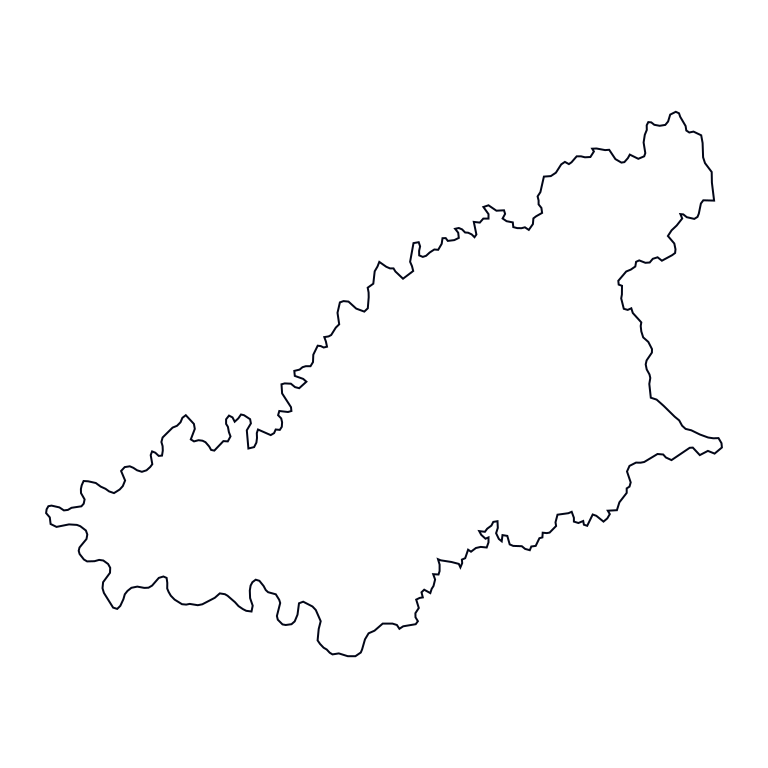 Cruz Machado, Paraná, Brazil (Natural Earth projection)
{"feature_id": "56859067B73120283619986", "entity_name": "Cruz Machado", "entity_type": "district", "adm_level": 2, "iso_a3": "BRA", "parent_name": "Brazil", "parent_adm1": "Paraná", "projection": "natural_earth1", "projection_center": [-51.253, -25.895], "detail": "fine", "context": "isolated", "style": "outline", "palette": "ink", "viewbox_px": 768, "rotation_deg": 0, "n_neighbors": 0, "source": "geoboundaries", "source_scale": "gbopen_adm2", "svg_char_len": 6094}
<svg xmlns="http://www.w3.org/2000/svg" viewBox="0 0 768 768"><path d="M399.4,628.8L403.2,626.3L415.7,624.2L417.9,621.2L415.5,617.3L415.4,613.2L418.8,608.0L416.2,599.6L419.7,597.9L422.8,597.4L421.5,592.3L424.2,589.7L430.3,593.1L431.7,588.8L433.5,586.0L435.1,579.5L433.2,574.2L438.5,574.5L439.6,571.1L439.6,564.6L438.0,559.2L440.6,560.3L451.5,562.0L458.8,563.9L460.4,567.4L462.2,563.1L461.9,559.6L465.2,558.2L468.1,549.7L471.0,551.7L475.9,548.0L480.7,546.9L486.7,547.5L488.5,542.4L488.5,537.4L485.5,538.7L481.2,534.8L479.2,531.1L484.9,531.8L487.2,528.7L491.4,525.6L493.3,521.9L497.5,521.2L497.8,527.9L496.1,533.2L498.8,538.9L501.7,541.3L502.5,535.1L507.3,535.9L509.7,544.4L513.2,545.9L521.8,546.2L525.1,548.9L529.8,550.2L531.3,546.5L535.7,545.9L539.4,538.2L542.4,537.4L542.7,532.7L546.8,533.1L549.6,532.6L556.1,526.0L555.5,522.3L557.5,514.7L568.4,513.2L571.7,511.8L573.9,517.8L573.9,521.6L578.4,523.0L583.2,521.0L583.9,524.7L587.2,525.8L592.7,514.5L596.3,515.8L603.5,521.6L607.3,518.4L609.8,514.1L607.8,510.7L616.9,510.2L619.4,502.3L626.7,492.9L626.7,488.4L629.5,486.6L630.7,482.4L627.0,471.5L629.5,465.9L636.0,462.6L640.5,462.7L644.2,462.0L657.5,454.0L663.2,454.5L665.9,457.5L671.5,460.1L689.7,447.8L692.8,447.6L699.8,455.1L707.9,450.9L714.6,453.6L721.9,447.5L721.5,443.2L718.5,438.1L713.4,438.3L708.1,437.5L699.9,434.5L691.3,430.3L685.6,428.9L682.1,425.7L679.2,420.4L674.7,416.7L663.7,405.9L656.6,399.6L650.8,397.7L649.3,383.9L650.3,378.0L649.5,374.5L646.7,369.4L645.7,364.4L646.6,360.4L651.9,352.6L652.0,349.1L648.3,341.9L643.2,337.4L641.3,331.4L640.7,326.0L641.3,322.4L632.8,313.0L631.3,308.3L627.7,309.9L623.8,308.8L621.2,298.4L621.9,294.5L622.0,285.8L618.7,284.6L618.3,280.8L626.2,271.5L630.8,269.6L635.3,266.5L636.1,261.8L639.2,260.4L645.4,262.8L649.7,262.5L652.8,258.8L657.6,257.3L661.9,260.7L672.1,255.2L675.1,253.0L675.5,249.3L674.3,243.5L667.9,236.0L671.6,230.3L676.7,225.5L682.2,218.5L680.4,214.1L683.3,214.4L686.8,217.2L694.3,218.9L697.5,216.9L698.8,213.7L700.9,203.5L703.3,200.3L714.1,200.6L711.9,182.6L711.7,172.0L705.0,163.1L703.1,157.3L702.6,143.0L701.2,135.3L693.5,131.6L689.3,132.5L686.3,130.5L685.6,126.0L680.2,116.8L679.0,113.3L675.8,111.8L670.2,114.6L668.1,121.5L665.3,124.9L659.7,125.8L654.3,124.8L651.3,122.4L648.3,122.1L646.7,125.3L646.8,129.9L644.8,134.8L643.6,142.5L645.3,153.1L644.2,156.3L638.3,158.8L629.8,154.6L627.9,158.1L624.4,162.1L621.4,162.6L615.4,159.1L609.2,149.8L605.1,150.1L596.5,148.5L592.2,148.7L593.9,151.5L590.4,157.0L585.0,157.3L580.9,156.3L576.7,156.3L571.5,162.3L568.9,164.1L564.9,161.9L561.2,164.4L555.9,172.7L550.8,176.1L543.9,176.6L540.4,192.1L537.6,196.4L538.6,200.5L538.6,204.4L541.4,207.9L542.1,212.9L536.1,216.3L533.4,218.4L532.9,224.1L528.8,229.9L524.9,227.3L521.5,228.2L517.2,228.1L513.3,227.1L512.8,222.4L506.6,221.2L502.6,218.5L505.1,213.9L504.0,210.3L496.4,210.7L488.5,205.3L483.4,207.0L488.5,214.1L488.5,218.6L483.3,218.6L479.8,222.6L473.8,221.9L476.4,234.5L474.5,237.2L471.7,234.4L468.1,232.7L465.1,232.5L462.1,229.4L458.8,228.0L455.1,228.8L458.2,232.7L458.8,237.9L454.3,240.1L447.8,240.9L445.7,238.1L442.5,238.2L441.7,243.8L438.2,249.8L434.3,249.5L429.7,252.5L426.1,255.8L422.8,256.9L419.2,255.4L419.1,250.9L420.1,246.4L418.7,242.2L413.5,243.1L410.1,261.8L412.0,266.2L413.2,271.0L403.0,278.7L395.4,271.5L393.5,268.4L390.0,268.4L386.3,266.8L379.3,261.9L377.5,266.5L374.7,271.3L373.3,283.7L367.7,287.7L368.6,292.5L368.7,297.2L367.8,308.3L364.3,311.6L356.2,308.6L348.5,301.6L343.5,301.1L339.9,302.4L337.5,312.8L339.2,324.3L335.8,327.6L331.2,335.0L328.6,336.4L324.3,337.1L325.9,341.5L327.0,346.7L323.7,347.5L320.8,346.1L317.7,345.7L313.3,354.7L313.0,362.1L310.5,366.2L305.8,366.2L302.5,367.2L299.6,369.6L294.3,370.9L294.8,375.9L303.2,378.9L306.4,381.7L299.2,388.2L295.0,387.1L290.9,383.7L284.7,383.4L281.5,384.3L282.1,393.4L291.0,407.2L291.4,411.0L288.0,412.0L279.3,411.0L278.1,415.2L281.2,418.4L282.1,422.3L281.8,426.8L279.8,429.9L275.7,429.5L274.1,433.1L270.7,435.1L258.0,429.5L256.8,433.1L257.0,437.9L256.4,442.6L254.1,447.1L248.4,448.5L246.8,430.3L250.9,423.4L250.1,419.2L244.0,415.2L241.0,414.5L238.3,418.4L234.7,421.7L232.5,417.4L229.0,415.6L226.1,419.3L226.1,423.9L227.9,426.8L228.9,432.1L230.5,436.4L227.8,441.4L223.4,441.1L214.3,450.6L211.1,449.9L209.2,446.5L205.5,442.2L202.5,440.7L198.5,440.2L194.0,441.4L190.8,439.4L194.8,428.9L193.9,423.9L185.8,415.2L182.4,417.8L180.5,422.3L177.0,425.8L172.6,427.6L162.6,437.5L161.4,442.0L162.6,446.1L162.8,450.6L162.0,455.6L158.7,455.9L155.3,452.7L152.1,451.4L150.7,455.1L152.3,464.2L150.2,467.0L146.5,470.3L141.9,471.8L137.1,470.3L133.3,467.8L129.8,466.3L124.7,467.1L121.1,471.0L125.1,480.5L122.8,486.1L119.7,489.5L114.0,493.1L109.1,491.4L105.5,488.8L100.7,486.6L95.8,483.0L88.2,481.3L83.6,481.0L81.7,485.3L80.9,489.0L81.0,493.1L84.6,499.4L83.7,503.7L81.4,506.3L71.5,507.8L67.9,509.9L63.9,510.4L59.4,507.4L51.5,505.6L48.4,506.2L46.6,509.3L46.1,513.1L49.8,517.4L50.6,524.0L56.5,526.9L69.0,524.4L76.9,524.9L80.3,526.2L85.9,530.5L87.3,534.5L86.5,539.0L79.5,547.5L78.7,550.8L79.6,554.0L83.9,559.5L87.1,561.4L94.5,561.2L99.1,559.9L103.3,560.5L108.1,564.0L110.2,567.8L110.0,572.8L103.1,582.2L102.5,588.2L103.9,592.9L113.1,607.6L117.2,608.9L120.3,605.9L123.4,599.2L124.8,594.3L127.5,590.9L131.4,587.8L137.3,586.6L144.3,587.9L148.5,587.7L152.1,585.6L158.8,577.9L163.4,576.5L166.6,577.9L167.3,582.9L167.2,588.5L168.6,591.9L170.8,595.7L174.6,599.6L182.0,604.2L186.2,604.6L189.7,603.9L197.8,605.2L202.3,604.3L214.8,597.8L219.8,593.4L224.9,594.2L227.5,595.7L235.0,602.2L238.5,606.1L242.9,609.1L246.2,610.8L251.5,611.5L252.7,605.7L250.1,598.1L249.8,590.5L250.6,585.6L252.4,582.2L255.7,579.7L259.4,580.8L263.6,586.0L265.8,590.1L268.1,592.2L275.8,594.3L279.2,599.8L280.2,603.0L276.9,616.0L277.8,619.7L282.5,624.4L285.7,625.0L291.5,624.2L294.7,621.4L297.5,614.7L299.0,603.3L303.2,601.7L312.5,606.5L315.8,610.0L320.7,621.2L318.7,629.0L317.6,640.4L320.0,643.9L323.6,647.7L326.7,649.5L329.7,652.7L332.5,654.4L338.8,653.4L347.8,656.2L355.4,656.2L360.8,652.5L362.1,649.4L365.0,639.3L368.6,633.3L374.5,630.7L382.7,623.6L392.5,623.6L396.9,625.0L399.4,628.8Z" fill="none" stroke="#020617" stroke-width="2"/></svg>